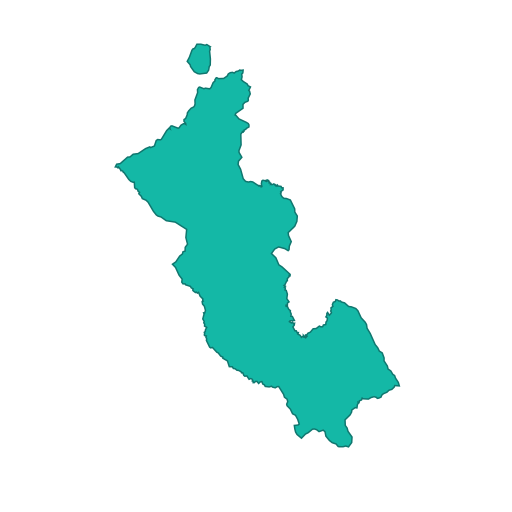 Manggarai, Nusa Tenggara Timur, Indonesia (Robinson projection), rotated 148°
{"feature_id": "22746128B41361424069199", "entity_name": "Manggarai", "entity_type": "district", "adm_level": 2, "iso_a3": "IDN", "parent_name": "Indonesia", "parent_adm1": "Nusa Tenggara Timur", "projection": "robinson", "projection_center": [120.422, -8.578], "detail": "fine", "context": "isolated", "style": "filled", "palette": "teal", "viewbox_px": 512, "rotation_deg": 148, "n_neighbors": 0, "source": "geoboundaries", "source_scale": "gbopen_adm2", "svg_char_len": 6080}
<svg xmlns="http://www.w3.org/2000/svg" viewBox="0 0 512 512"><g transform="rotate(148 256 256)"><path d="M314.0,77.4L308.4,78.8L305.4,78.5L299.9,79.2L298.2,78.4L296.7,76.7L295.6,73.7L291.3,72.7L290.6,70.4L292.2,66.2L291.5,60.6L290.3,57.3L287.7,54.2L287.3,51.0L286.7,50.3L283.2,48.1L280.6,47.3L278.7,45.1L273.7,47.1L270.5,51.6L270.9,58.6L269.9,61.8L270.1,65.0L267.3,69.9L260.4,71.4L257.6,73.0L256.4,74.6L252.4,74.9L250.9,73.7L248.7,76.3L247.3,76.9L246.9,77.9L246.3,77.1L245.0,78.4L242.8,78.0L241.3,79.2L241.0,78.3L236.5,75.1L233.4,75.0L230.4,74.1L228.8,72.3L228.6,71.0L227.1,70.4L224.7,70.1L223.2,71.3L220.9,71.7L217.2,71.1L214.3,71.7L211.5,70.9L208.2,71.6L207.0,72.6L203.3,69.9L202.3,73.4L202.4,78.6L201.8,81.2L202.7,83.1L202.6,87.1L203.9,90.2L202.9,93.1L203.0,99.2L201.4,101.7L200.3,106.9L201.8,110.0L201.4,113.8L201.9,117.7L200.2,129.7L200.1,135.9L198.6,139.3L198.5,142.1L199.6,147.9L198.6,155.6L199.2,158.6L202.1,162.4L204.2,164.1L205.7,169.3L208.0,171.8L208.2,173.1L209.6,174.0L210.2,175.5L211.4,176.6L212.8,175.4L214.9,175.8L217.0,174.3L217.5,172.5L219.9,172.3L220.9,170.3L221.8,169.8L222.0,168.0L222.7,167.6L225.2,166.9L225.2,170.2L226.3,169.8L227.4,168.1L229.0,167.3L228.3,165.5L230.0,163.5L231.6,162.9L233.2,160.9L235.4,161.8L236.9,160.7L238.5,161.5L239.4,163.0L243.4,162.6L246.1,164.0L250.3,162.6L252.9,163.0L254.7,162.2L255.8,162.8L256.2,162.2L255.3,160.9L257.2,160.3L257.8,163.5L258.5,162.0L259.2,163.1L260.6,162.9L260.6,165.3L261.9,167.7L260.7,168.6L261.7,169.2L261.5,171.2L262.6,171.9L262.3,176.3L260.2,177.1L259.0,178.5L260.1,178.7L260.0,180.4L261.4,180.4L262.5,182.6L261.4,183.0L257.6,181.0L257.2,185.5L258.4,186.4L256.9,188.1L256.5,190.6L255.8,191.4L256.5,193.5L256.1,196.7L257.1,197.2L257.1,197.8L256.5,198.4L255.5,197.6L254.2,199.5L252.3,199.6L252.5,203.5L249.6,207.0L248.6,210.8L249.4,211.8L248.0,213.4L248.5,214.5L247.1,214.8L247.8,216.2L246.7,216.3L243.3,218.5L242.5,218.4L241.5,220.2L238.9,220.9L238.2,221.9L237.6,221.2L236.8,222.3L239.7,232.9L241.3,236.4L240.1,244.0L241.6,249.9L236.4,252.0L232.0,251.7L227.6,246.9L225.9,243.5L224.7,243.8L222.5,246.7L218.5,249.5L217.6,256.1L216.3,258.8L207.4,260.7L203.0,263.7L199.8,268.0L199.8,272.7L198.2,275.5L197.2,285.3L199.8,288.7L201.9,290.2L202.6,292.8L202.2,295.9L201.2,296.2L201.0,297.4L198.0,297.7L196.9,299.5L198.0,300.2L197.9,301.8L200.3,303.7L200.2,304.7L201.3,304.3L201.5,305.8L202.2,305.4L202.6,307.7L204.0,307.8L205.1,308.4L205.0,309.0L205.7,309.1L204.6,310.4L205.4,309.9L205.3,311.0L206.0,311.1L205.5,312.1L206.0,312.8L205.3,313.3L206.2,314.6L207.7,313.7L208.0,314.1L207.5,314.8L208.6,315.2L210.0,316.6L211.3,316.5L213.2,314.4L214.2,311.8L215.0,311.9L214.7,313.0L216.3,313.7L216.0,314.1L216.9,314.8L219.5,320.5L221.1,322.0L223.2,322.7L225.3,324.8L225.9,328.3L223.1,337.7L222.7,343.1L220.6,345.7L215.7,347.2L215.5,352.8L214.6,354.4L209.8,358.1L204.3,367.4L202.1,368.3L201.5,367.9L201.3,368.7L200.0,368.2L199.2,369.2L197.6,368.8L196.7,369.3L193.6,369.2L192.5,370.9L192.4,372.4L193.3,374.3L197.8,381.3L198.5,385.8L199.0,386.6L197.6,387.7L188.7,388.2L186.7,391.5L183.9,392.2L181.0,391.6L180.0,392.1L179.0,394.0L175.0,396.5L174.1,399.2L174.4,400.2L171.1,402.3L172.5,404.6L172.3,406.5L174.3,410.7L175.0,413.3L172.9,415.3L171.7,417.9L170.2,418.2L168.4,420.5L170.8,421.6L171.1,422.3L172.9,422.2L175.1,423.0L177.6,422.7L178.6,424.2L180.7,425.1L183.0,425.1L185.0,423.9L189.3,423.7L193.8,426.3L194.8,428.0L195.4,428.2L197.5,427.2L198.0,426.2L200.4,425.8L204.8,422.7L206.7,422.3L209.9,425.1L211.6,425.5L214.2,429.1L215.3,429.3L217.5,428.1L218.9,425.5L225.1,420.7L227.1,417.2L228.6,415.9L229.8,415.4L232.7,415.7L236.0,414.8L238.4,413.7L239.4,412.3L242.8,409.9L244.7,409.9L245.7,408.4L245.4,405.7L245.8,404.8L246.4,406.1L247.5,406.6L250.2,406.7L253.2,405.5L254.3,405.6L258.3,410.9L259.5,411.3L261.3,410.5L261.5,409.5L261.9,410.5L265.3,409.7L274.4,405.1L275.6,405.2L277.7,406.9L279.4,406.8L283.9,403.1L287.9,403.8L288.2,404.8L292.7,405.6L301.7,405.3L306.2,407.4L310.5,406.8L312.5,407.9L322.2,406.3L325.5,407.7L328.1,406.1L326.8,405.2L326.5,404.3L325.6,404.4L325.9,403.8L325.4,403.8L325.1,402.5L325.3,399.8L324.6,399.7L323.9,398.2L324.2,397.2L323.7,396.8L323.3,388.3L322.6,385.6L321.1,383.6L320.1,383.1L322.7,378.2L322.4,376.7L321.6,376.2L321.3,374.7L321.7,373.3L321.0,371.7L322.4,370.9L321.6,367.3L322.0,364.9L319.7,361.6L319.0,358.8L319.3,348.2L318.8,343.7L318.0,341.8L315.9,339.5L313.4,333.5L306.5,327.5L300.7,315.3L305.7,308.8L307.8,302.3L311.4,300.9L313.6,297.7L315.6,298.3L317.4,296.7L320.7,296.4L327.1,293.5L331.2,293.3L330.3,288.9L331.4,280.5L330.9,275.5L332.8,273.2L332.7,271.1L330.9,270.0L331.0,268.9L327.7,265.0L327.8,263.3L326.7,261.5L327.7,260.6L327.7,259.7L326.7,257.1L325.7,257.0L325.4,255.6L324.0,255.6L324.7,251.4L323.8,247.7L324.8,246.6L324.7,245.7L325.9,245.8L326.8,243.5L326.4,240.8L327.7,236.6L329.7,234.9L330.5,235.5L330.8,234.3L334.5,230.8L334.6,227.9L335.7,227.0L335.6,225.5L336.8,223.8L335.6,221.6L338.1,220.1L339.0,218.8L340.3,218.7L340.6,217.5L341.7,216.4L341.7,215.7L340.5,214.5L341.5,213.7L341.7,211.9L342.8,210.7L343.6,203.3L343.1,202.1L341.4,201.5L340.2,195.1L339.4,193.9L339.0,189.8L337.7,187.8L338.3,186.8L335.8,182.2L337.3,176.3L334.8,174.6L334.8,172.6L333.4,171.4L332.7,169.2L331.4,168.2L330.0,165.8L330.2,164.6L329.1,164.0L329.6,161.2L329.2,160.0L327.3,159.1L327.2,155.1L325.5,154.9L324.7,154.0L324.6,152.5L325.4,152.0L324.8,151.2L325.5,150.1L324.6,149.5L322.9,149.9L321.6,149.1L321.3,146.5L319.2,147.0L317.6,146.4L318.1,143.8L317.2,142.4L317.3,140.5L314.2,138.0L311.8,137.3L311.5,136.1L309.5,134.0L307.3,134.0L305.9,133.3L305.9,124.1L306.7,121.2L305.5,118.1L306.3,115.6L308.5,114.1L309.0,112.6L308.0,108.0L308.6,102.8L306.9,100.0L307.2,95.4L308.4,90.6L310.0,90.4L313.3,92.0L314.7,88.8L315.7,85.8L315.8,82.9L314.0,77.4ZM207.2,440.2L200.9,437.3L197.7,438.7L195.3,441.4L193.6,442.2L190.3,447.2L186.8,454.3L185.5,455.3L184.4,457.7L183.9,457.7L185.7,461.4L187.4,461.6L190.6,464.9L193.9,466.9L197.2,465.0L198.8,464.6L199.4,465.1L201.2,464.5L207.1,459.9L211.2,457.5L210.5,453.1L211.1,451.3L210.7,445.0L208.8,441.6L207.2,440.2Z" fill="#14b8a6" stroke="#0f766e" stroke-width="1.5"/></g></svg>